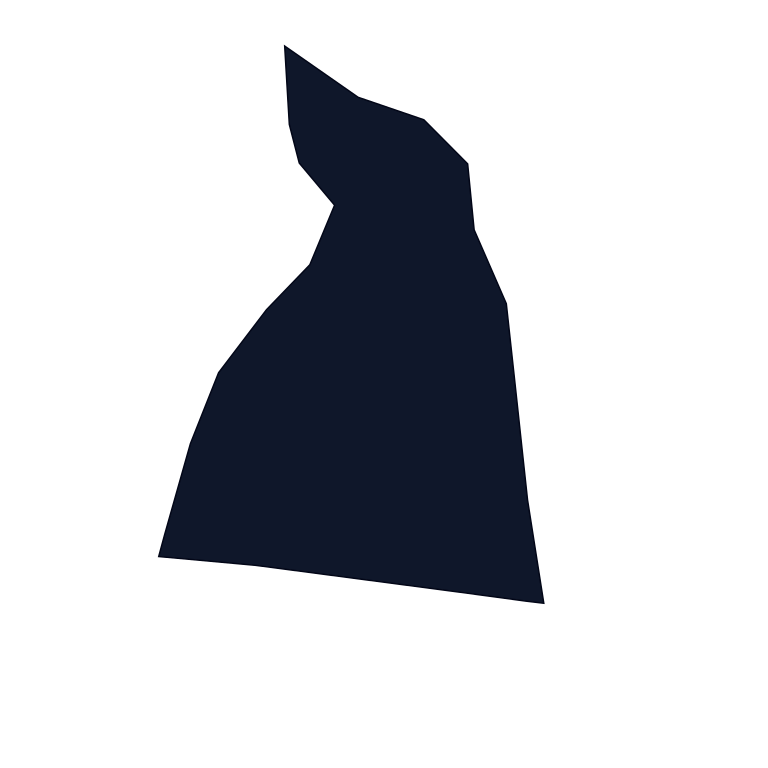 Nyala Janoub, Southern Darfur, Sudan, rotated 297°
{"feature_id": "16777658B27261158380636", "entity_name": "Nyala Janoub", "entity_type": "district", "adm_level": 2, "iso_a3": "SDN", "parent_name": "Sudan", "parent_adm1": "Southern Darfur", "projection": "equal_earth", "projection_center": [24.841, 12.018], "detail": "fine", "context": "isolated", "style": "filled", "palette": "ink", "viewbox_px": 768, "rotation_deg": 297, "n_neighbors": 0, "source": "geoboundaries", "source_scale": "gbopen_adm2", "svg_char_len": 435}
<svg xmlns="http://www.w3.org/2000/svg" viewBox="0 0 768 768"><g transform="rotate(297 384 384)"><path d="M448.8,497.3L511.1,456.5L562.3,394.3L618.1,358.6L637.5,299.6L627.7,230.8L640.0,142.1L572.3,181.8L542.4,208.2L520.9,258.8L456.6,263.8L396.9,245.6L319.0,231.5L243.0,238.6L150.4,256.9L128.0,261.6L164.1,351.8L233.0,546.3L255.0,609.1L261.2,625.9L345.9,564.5L448.8,497.3Z" fill="#0f172a" stroke="#020617" stroke-width="1.5"/></g></svg>